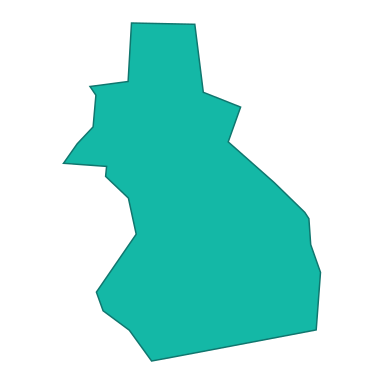 Portsmouth, Virginia, United States of America (Mercator projection)
{"feature_id": "52423323B65063199058226", "entity_name": "Portsmouth", "entity_type": "district", "adm_level": 2, "iso_a3": "USA", "parent_name": "United States of America", "parent_adm1": "Virginia", "projection": "mercator", "projection_center": [-76.365, 36.855], "detail": "fine", "context": "isolated", "style": "filled", "palette": "teal", "viewbox_px": 384, "rotation_deg": 0, "n_neighbors": 0, "source": "geoboundaries", "source_scale": "gbopen_adm2", "svg_char_len": 455}
<svg xmlns="http://www.w3.org/2000/svg" viewBox="0 0 384 384"><path d="M63.5,163.3L106.6,166.4L105.6,176.4L128.4,198.1L136.2,234.2L96.4,292.1L103.1,310.8L129.3,330.2L151.6,361.0L174.9,356.7L316.2,329.9L320.5,272.4L310.7,244.6L308.9,218.7L304.8,212.4L274.1,182.5L228.2,141.9L234.5,124.2L240.6,107.1L203.3,92.3L194.8,24.3L131.5,23.0L128.1,81.5L90.0,86.5L95.9,95.2L93.1,126.9L77.2,143.8L63.5,163.3Z" fill="#14b8a6" stroke="#0f766e" stroke-width="1.5"/></svg>